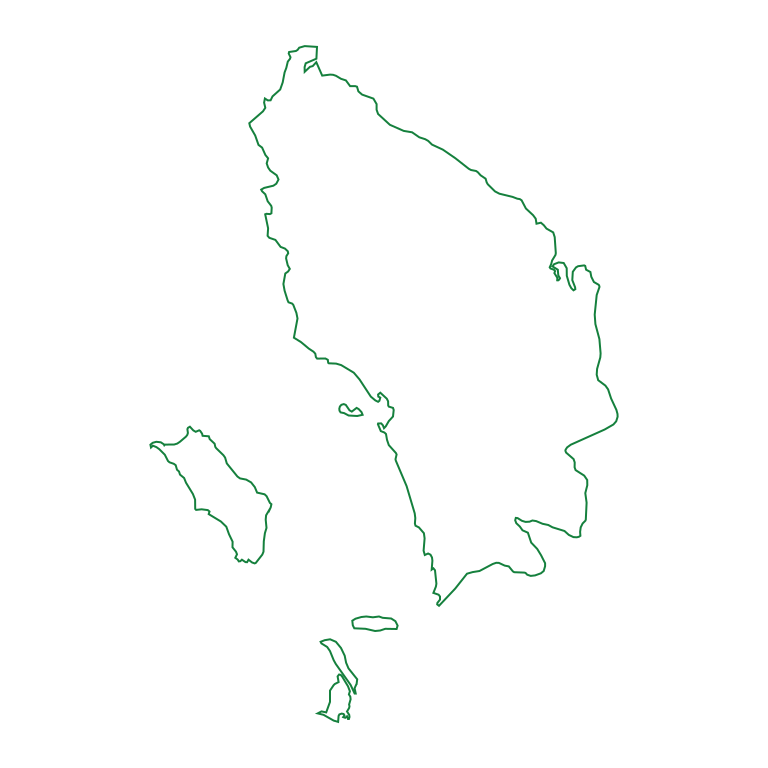 SVG path tracing the border of Sumatera Utara
{"feature_id": "IDN-381", "entity_name": "Sumatera Utara", "entity_type": "Province", "adm_level": 1, "iso_a3": "IDN", "parent_name": "Indonesia", "parent_adm1": "", "projection": "albers", "projection_center": [98.746, 1.854], "detail": "fine", "context": "isolated", "style": "outline", "palette": "green", "viewbox_px": 768, "rotation_deg": 0, "n_neighbors": 0, "source": "natural_earth", "source_scale": "10m", "svg_char_len": 6097}
<svg xmlns="http://www.w3.org/2000/svg" viewBox="0 0 768 768"><path d="M439.0,605.8L437.2,604.4L437.4,602.9L440.0,599.6L440.0,596.5L438.6,594.7L433.4,592.9L435.9,586.6L436.4,583.7L435.0,570.3L433.4,568.3L431.7,569.6L432.4,560.7L432.0,557.5L430.5,554.7L428.1,553.5L424.8,555.0L423.6,550.7L424.6,538.4L423.9,533.2L418.9,527.4L415.5,525.7L414.9,523.5L415.3,518.1L414.7,513.3L406.6,486.1L395.8,460.6L395.5,459.2L396.6,454.5L395.9,453.0L388.8,445.1L387.0,439.8L386.0,434.0L384.4,432.5L380.8,431.1L377.9,424.2L378.1,423.5L381.2,423.4L382.9,425.3L384.0,428.2L385.8,426.3L388.8,421.1L393.0,416.5L393.7,410.0L393.0,407.9L388.8,406.6L388.2,405.5L388.1,401.3L386.8,398.7L380.3,392.7L378.1,394.5L378.3,396.6L380.3,397.6L379.4,400.8L378.1,401.8L375.3,400.4L370.8,396.6L359.5,379.4L353.8,372.7L341.2,365.1L336.1,363.6L328.8,363.3L328.2,362.8L327.8,359.8L325.4,358.5L317.1,358.6L315.9,357.1L315.3,353.7L313.5,351.7L308.8,348.6L301.0,342.1L293.9,337.7L297.5,318.5L296.4,312.9L293.3,304.9L292.2,303.6L288.5,302.3L287.6,300.3L284.6,290.7L283.4,284.0L285.3,273.5L288.1,271.5L289.8,268.9L287.7,265.2L286.1,258.4L286.4,256.1L288.2,253.3L287.8,251.3L285.0,248.6L280.6,246.9L275.4,239.9L269.3,237.8L267.6,235.8L268.1,228.3L265.2,214.3L266.5,213.8L269.9,214.1L271.4,213.3L271.7,207.6L271.2,205.8L267.7,201.3L265.3,194.3L262.1,191.3L261.2,189.6L264.2,187.9L273.4,185.7L276.3,183.7L278.5,179.5L276.7,175.3L270.3,170.7L268.1,167.5L266.7,163.4L268.1,158.3L265.4,155.0L262.1,147.6L258.5,144.9L255.2,135.5L250.1,126.6L249.3,123.2L263.0,111.3L265.3,107.8L264.1,102.6L264.9,98.5L267.8,100.4L270.6,100.3L272.5,96.4L280.2,89.5L282.7,82.4L284.6,72.4L286.3,67.9L287.8,61.6L290.0,58.8L290.5,57.2L288.7,53.5L289.1,52.0L295.9,51.0L297.6,49.9L299.2,47.7L304.7,46.1L317.0,46.9L316.4,58.7L305.7,63.3L304.6,67.1L304.7,71.8L310.0,66.8L312.7,66.1L316.3,62.2L322.2,75.6L330.1,74.6L333.1,74.8L336.0,75.8L341.0,78.8L345.9,80.4L350.1,86.1L355.1,86.1L357.0,86.7L358.4,91.4L362.1,94.6L373.4,98.6L376.6,104.1L376.6,109.8L378.1,114.0L389.9,124.8L403.7,130.9L412.1,132.3L419.3,137.3L425.2,139.2L428.2,140.9L432.0,144.6L442.8,149.6L455.3,158.2L468.8,168.8L471.0,170.0L476.1,171.0L477.8,172.2L480.6,175.3L485.6,178.7L486.7,182.4L487.8,184.3L495.0,191.4L499.4,193.7L512.6,196.9L517.3,198.7L519.8,199.1L521.6,200.3L525.9,208.5L533.1,215.2L535.7,218.7L536.5,223.7L540.9,222.7L543.8,225.2L546.5,228.6L553.2,232.4L554.7,237.1L555.8,253.1L555.5,254.9L552.1,260.5L551.2,264.1L549.7,267.3L550.5,268.5L553.9,269.7L555.1,271.1L554.4,273.1L557.3,277.8L557.2,280.3L558.1,280.4L559.2,279.6L560.0,278.2L558.3,275.4L557.8,269.7L552.5,266.4L554.1,264.2L558.7,262.4L563.7,263.0L566.7,268.2L566.8,275.8L569.4,284.7L571.3,288.2L573.5,290.3L575.3,289.2L575.1,287.3L572.3,280.1L572.8,271.8L576.0,267.4L578.1,266.2L584.2,265.4L585.2,265.9L586.1,269.7L590.4,272.0L591.3,276.8L593.9,282.0L598.7,284.8L599.2,285.7L599.5,286.9L596.7,295.0L594.7,314.6L595.4,324.1L599.4,339.1L600.6,353.4L600.3,357.4L597.1,368.9L596.7,374.7L598.2,380.2L605.4,385.6L608.1,389.4L611.1,398.5L616.4,409.9L617.5,414.0L617.6,416.8L616.2,421.3L613.4,424.5L604.7,429.5L570.8,444.7L567.1,447.4L565.6,449.7L565.4,450.8L566.1,452.6L573.6,459.1L574.7,462.4L574.6,467.3L575.6,470.1L584.2,475.6L587.2,480.0L587.3,485.2L585.3,493.1L586.6,502.7L585.8,519.6L585.4,520.7L582.6,523.5L580.7,527.4L580.1,531.9L580.4,535.8L578.9,536.8L576.8,537.3L573.4,537.1L568.8,534.9L564.5,531.0L552.5,527.3L548.3,525.0L542.6,523.8L536.2,521.1L532.4,520.5L529.5,521.7L525.5,521.9L521.9,520.8L517.6,518.1L515.8,517.9L515.2,520.3L516.3,523.2L519.8,526.5L522.5,530.3L527.9,532.7L531.2,542.6L537.2,548.9L541.1,555.3L545.1,563.2L545.1,566.2L543.7,571.0L540.9,573.3L535.1,575.4L530.7,575.9L527.2,574.7L525.5,572.9L524.3,572.6L514.2,572.2L512.9,571.4L508.8,566.4L504.7,565.6L498.9,562.9L496.2,562.8L492.7,564.0L479.5,571.0L472.6,572.1L467.0,573.7L455.2,588.6L439.0,605.8ZM269.9,502.9L271.4,504.2L270.7,507.4L268.4,512.3L268.4,511.4L266.1,515.3L265.7,519.6L266.5,527.9L264.9,533.2L263.8,541.3L263.5,551.7L262.3,554.6L255.8,562.9L254.7,563.4L252.1,562.5L248.5,559.7L247.1,562.2L245.5,562.1L241.9,559.7L240.3,561.2L238.8,561.4L237.7,559.6L235.3,557.8L237.0,554.3L236.0,551.7L232.5,547.3L232.6,541.7L229.0,534.2L226.3,526.7L220.9,521.5L208.7,514.1L209.5,511.5L207.8,510.1L201.6,509.3L196.1,509.9L195.2,508.9L195.1,499.6L192.9,494.0L186.0,482.7L184.1,478.0L180.0,474.6L179.0,471.5L177.0,469.7L175.7,465.2L173.8,463.8L169.5,462.3L168.0,461.0L164.8,454.7L159.3,449.2L156.4,447.1L152.9,445.7L151.0,447.5L150.4,444.7L152.7,442.8L156.3,441.8L160.8,442.3L163.8,444.3L164.3,445.3L165.0,444.6L174.2,444.5L177.2,443.6L179.9,441.8L186.0,436.6L187.3,434.9L187.9,433.0L187.4,429.1L188.0,427.8L189.9,426.7L193.3,430.4L195.7,431.8L199.2,430.3L200.2,430.9L202.1,433.7L202.6,435.8L208.8,436.3L209.7,439.1L214.6,443.7L215.3,446.9L216.2,448.2L223.4,455.2L225.1,457.6L226.8,463.4L237.4,476.5L240.0,478.4L246.2,479.6L251.1,482.4L254.8,487.1L257.1,492.6L264.6,494.3L266.6,496.2L269.9,502.9ZM349.1,704.5L349.5,706.3L349.1,708.0L347.0,711.5L349.2,714.8L349.5,717.0L348.9,719.0L348.0,719.0L347.0,716.3L345.2,717.8L343.2,717.1L344.4,715.3L343.6,714.0L341.7,713.6L339.4,714.4L338.6,715.9L338.1,721.9L333.7,720.6L323.5,714.8L317.7,713.4L321.5,711.4L326.2,712.4L330.0,701.9L330.0,690.6L333.6,685.2L334.8,684.0L338.6,682.1L337.6,676.4L339.1,674.5L340.7,674.9L342.1,676.5L348.0,686.3L349.9,691.3L348.9,694.4L350.3,696.6L350.6,699.3L349.1,704.5ZM346.1,662.7L348.5,668.4L357.2,679.3L356.5,684.8L356.5,684.0L354.6,688.2L355.7,693.5L354.6,693.5L350.6,684.9L335.8,664.0L333.7,660.2L330.0,651.1L327.2,647.0L321.4,643.4L320.6,641.8L324.7,640.2L330.1,639.3L335.9,641.8L341.0,648.0L344.7,655.7L346.1,662.7ZM355.5,618.7L361.4,617.0L366.3,616.5L372.9,617.3L379.0,616.5L382.6,617.8L391.2,618.5L395.4,621.2L397.6,625.6L396.6,629.0L385.3,628.8L380.2,630.5L375.1,631.0L365.5,628.8L354.3,628.3L352.8,625.3L352.3,620.7L355.5,618.7ZM356.6,407.9L358.7,409.1L361.5,412.1L362.6,414.8L357.2,416.0L348.6,415.5L344.1,413.1L340.6,412.4L339.5,410.7L339.3,408.7L339.9,406.5L341.4,404.8L343.8,404.1L345.8,404.9L349.5,410.3L351.8,411.6L356.6,407.9Z" fill="none" stroke="#15803d" stroke-width="2"/></svg>